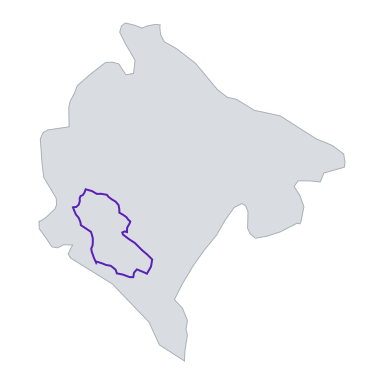 location of Cetinje within Montenegro
{"feature_id": "MNE-1500", "entity_name": "Cetinje", "entity_type": "Municipality", "adm_level": 1, "iso_a3": "MNE", "parent_name": "Montenegro", "parent_adm1": "", "projection": "natural_earth1", "projection_center": [18.874, 42.501], "detail": "fine", "context": "in_parent", "style": "outline", "palette": "violet", "viewbox_px": 384, "rotation_deg": 0, "n_neighbors": 0, "source": "natural_earth", "source_scale": "10m", "svg_char_len": 2005}
<svg xmlns="http://www.w3.org/2000/svg" viewBox="0 0 384 384"><path d="M160.2,24.9L159.8,27.3L160.6,34.6L164.2,41.7L176.9,48.9L195.5,63.3L217.4,89.6L227.5,97.4L236.5,99.3L254.2,110.3L266.5,112.9L280.2,115.9L316.1,138.8L332.2,145.4L343.7,154.0L345.0,162.1L344.5,167.1L323.9,173.0L320.3,181.9L310.3,180.9L298.1,180.8L294.2,186.5L300.0,195.8L303.9,206.8L300.9,221.8L299.9,223.8L296.9,223.3L279.9,232.0L267.2,236.1L255.7,238.2L250.3,234.0L247.6,228.3L248.0,211.8L245.9,206.2L242.0,203.5L234.2,207.4L225.1,220.2L216.6,235.0L204.0,250.5L193.5,265.3L182.2,284.1L174.4,299.6L182.5,308.3L187.4,320.5L186.0,329.6L187.4,334.9L184.9,350.9L184.5,361.0L159.4,344.9L149.0,322.2L112.4,284.0L70.5,258.0L68.2,253.9L70.6,248.9L72.6,245.0L63.9,244.7L57.7,247.8L52.0,246.9L45.4,237.2L39.3,228.7L39.0,221.3L41.8,220.3L46.0,217.4L54.8,209.1L56.6,204.8L56.2,198.2L43.8,177.4L42.1,163.9L40.3,138.8L43.0,132.8L47.5,130.0L69.1,126.8L68.8,107.3L70.1,101.4L74.4,93.3L77.2,85.8L89.2,75.2L105.5,62.5L112.6,62.2L118.8,63.9L125.9,74.8L133.5,73.4L135.1,60.3L125.1,43.2L119.7,32.2L121.4,26.2L125.1,23.0L133.8,25.0L142.0,28.0L147.2,26.0L155.5,24.4L160.2,24.9Z" fill="#d9dde1" stroke="#a8b0b8" stroke-width="1"/><path d="M85.7,189.3L92.1,191.1L96.8,193.9L101.1,193.8L106.9,194.8L108.5,196.9L111.6,199.2L115.6,201.6L118.5,205.0L119.3,209.1L119.3,209.4L119.4,212.7L122.9,214.7L126.4,217.1L128.2,219.6L130.3,221.5L129.6,223.4L127.1,227.8L127.0,232.1L124.6,231.4L122.3,232.5L122.9,234.5L128.9,239.1L134.9,243.0L138.3,246.4L142.0,250.1L147.5,254.8L152.2,259.5L151.0,266.6L146.9,273.7L144.7,272.6L136.9,269.4L134.0,272.7L133.3,277.1L129.6,277.1L123.0,274.6L117.0,273.4L116.9,273.4L115.6,269.7L110.8,265.8L105.8,264.9L102.0,263.3L96.8,261.7L96.2,262.8L93.9,257.8L91.7,251.5L91.2,248.5L92.5,245.7L92.8,243.0L92.8,238.1L91.0,231.9L84.9,227.8L80.9,225.2L80.4,222.0L78.7,217.9L75.9,214.5L73.3,208.3L73.0,207.3L76.4,206.9L78.7,204.7L79.8,201.3L79.7,198.1L80.6,196.0L82.8,195.1L84.3,192.9L85.7,189.3Z" fill="none" stroke="#5b21b6" stroke-width="2"/></svg>